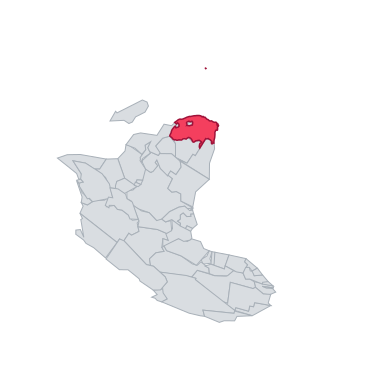 where South Africa sits in Africa, rotated 215°
{"feature_id": "ZAF", "entity_name": "South Africa", "entity_type": "country or territory", "adm_level": 0, "iso_a3": "ZAF", "parent_name": "Africa", "parent_adm1": "", "projection": "albers", "projection_center": [25.295, -34.555], "detail": "fine", "context": "in_parent", "style": "filled", "palette": "rose", "viewbox_px": 384, "rotation_deg": 215, "n_neighbors": 49, "source": "natural_earth", "source_scale": "50m", "svg_char_len": 14659}
<svg xmlns="http://www.w3.org/2000/svg" viewBox="0 0 384 384"><g transform="rotate(215 192 192)"><path d="M255.1,164.7L271.9,176.7L270.4,187.2L273.2,192.9L270.5,194.2L254.7,194.1L252.6,187.9L243.2,184.2L239.8,179.0L239.1,173.3L244.0,170.4L243.1,164.4L255.1,164.7Z" fill="#d9dde1" stroke="#a8b0b8" stroke-width="1"/><path d="M88.9,119.5L89.8,122.4L77.3,126.8L79.3,131.7L75.8,133.3L77.2,137.3L62.3,144.2L71.7,125.2L88.9,119.5Z" fill="#d9dde1" stroke="#a8b0b8" stroke-width="1"/><path d="M239.1,173.3L243.2,184.2L236.7,184.5L235.2,193.8L239.1,195.0L239.2,198.1L231.4,193.1L215.6,191.7L213.9,181.0L208.5,180.3L205.1,183.4L200.1,184.0L195.9,178.2L182.2,179.4L186.5,175.3L189.9,176.2L194.2,171.9L199.1,163.0L201.4,150.7L204.6,148.3L215.2,150.5L226.8,147.2L233.0,147.3L236.7,149.8L241.4,149.2L246.2,155.7L241.5,159.7L239.1,173.3Z" fill="#d9dde1" stroke="#a8b0b8" stroke-width="1"/><path d="M281.1,169.8L280.8,157.8L285.4,154.7L295.8,154.6L307.4,149.3L293.1,143.4L289.6,139.3L292.2,137.6L297.1,141.0L321.7,142.6L315.6,151.0L305.1,158.6L281.1,169.8Z" fill="#d9dde1" stroke="#a8b0b8" stroke-width="1"/><path d="M271.9,176.7L255.1,164.7L259.7,157.5L256.6,151.1L261.6,148.3L271.1,154.3L284.4,155.4L280.8,157.8L281.1,169.8L271.9,176.7Z" fill="#d9dde1" stroke="#a8b0b8" stroke-width="1"/><path d="M222.9,139.7L220.0,138.6L218.8,137.9L219.1,135.1L212.8,129.3L216.8,121.9L220.1,122.0L219.8,112.1L224.4,112.0L224.4,107.7L271.6,110.3L273.1,118.0L276.6,119.8L270.3,121.4L267.2,129.0L258.9,135.2L257.5,139.9L253.6,130.9L248.0,136.4L243.0,135.0L239.1,137.0L230.9,136.6L224.7,134.6L220.3,138.7L222.9,139.7Z" fill="#d9dde1" stroke="#a8b0b8" stroke-width="1"/><path d="M219.8,113.0L220.1,122.0L216.8,121.9L212.8,129.3L216.4,132.6L198.7,141.5L189.0,143.5L183.6,138.7L189.1,137.1L185.0,129.4L180.7,127.4L186.7,121.5L188.5,112.9L183.8,108.0L187.7,106.4L219.8,113.0Z" fill="#d9dde1" stroke="#a8b0b8" stroke-width="1"/><path d="M235.3,244.9L232.8,249.7L230.0,247.6L232.9,244.5L235.3,244.9Z" fill="#d9dde1" stroke="#a8b0b8" stroke-width="1"/><path d="M242.3,224.9L233.3,222.2L225.4,210.9L230.7,211.6L240.7,204.8L248.2,208.8L246.9,219.3L242.3,224.9Z" fill="#d9dde1" stroke="#a8b0b8" stroke-width="1"/><path d="M237.3,224.2L226.5,234.2L220.1,233.6L215.5,238.1L213.6,238.5L210.6,232.4L210.1,223.6L212.9,223.4L212.6,212.7L225.4,210.9L233.3,222.2L237.3,224.2Z" fill="#d9dde1" stroke="#a8b0b8" stroke-width="1"/><path d="M210.1,223.6L211.2,243.6L207.5,245.6L202.9,243.0L201.8,244.6L198.3,240.4L194.2,225.7L185.1,212.3L224.9,210.5L212.6,212.7L212.9,223.4L210.1,223.6Z" fill="#d9dde1" stroke="#a8b0b8" stroke-width="1"/><path d="M70.3,159.1L66.0,158.0L69.7,152.1L75.1,149.4L85.4,150.3L89.6,154.2L71.6,161.6L70.3,160.2L80.4,155.0L70.3,159.1Z" fill="#d9dde1" stroke="#a8b0b8" stroke-width="1"/><path d="M89.6,154.2L85.4,150.3L86.6,147.9L108.8,140.0L99.0,121.3L104.9,119.4L139.0,122.1L139.3,123.5L143.5,122.4L142.8,130.9L125.6,136.4L115.7,142.8L112.9,151.5L103.7,154.9L98.1,151.4L94.8,153.8L89.6,154.2Z" fill="#d9dde1" stroke="#a8b0b8" stroke-width="1"/><path d="M62.3,144.2L77.2,137.3L75.8,133.3L79.3,131.7L77.3,126.8L89.8,122.4L88.9,119.5L104.9,119.4L99.0,121.3L108.8,140.0L86.6,147.9L85.4,150.3L75.1,149.4L68.8,153.3L65.9,144.8L62.3,144.2Z" fill="#d9dde1" stroke="#a8b0b8" stroke-width="1"/><path d="M144.2,153.7L141.4,154.6L139.0,147.5L135.0,145.1L141.6,139.2L145.8,141.9L143.1,148.1L144.2,153.7Z" fill="#d9dde1" stroke="#a8b0b8" stroke-width="1"/><path d="M183.8,108.0L188.5,112.9L186.7,121.5L180.7,127.4L185.0,129.4L183.6,131.6L179.2,129.4L164.2,133.4L150.4,133.3L145.6,135.1L144.7,139.9L134.5,139.3L131.0,135.1L142.8,130.9L143.5,122.4L172.3,108.0L181.0,109.1L183.8,108.0Z" fill="#d9dde1" stroke="#a8b0b8" stroke-width="1"/><path d="M144.2,153.7L146.4,134.4L164.2,133.4L179.2,129.4L185.2,132.4L176.3,146.1L167.5,148.7L165.5,153.4L156.6,156.3L150.0,152.4L144.2,153.7Z" fill="#d9dde1" stroke="#a8b0b8" stroke-width="1"/><path d="M184.7,130.6L189.1,137.1L183.6,138.7L189.5,142.8L186.8,150.6L192.7,157.8L170.6,159.1L165.6,154.1L166.1,151.4L170.4,146.8L176.3,146.1L184.7,130.6Z" fill="#d9dde1" stroke="#a8b0b8" stroke-width="1"/><path d="M135.1,143.7L141.4,154.6L138.7,155.8L131.9,145.3L135.1,143.7Z" fill="#d9dde1" stroke="#a8b0b8" stroke-width="1"/><path d="M131.9,144.5L138.7,155.8L125.6,161.7L121.3,147.5L131.9,144.5Z" fill="#d9dde1" stroke="#a8b0b8" stroke-width="1"/><path d="M103.7,154.9L109.9,152.0L122.5,150.5L125.6,161.7L109.5,168.4L108.8,165.0L104.7,164.3L103.7,154.9Z" fill="#d9dde1" stroke="#a8b0b8" stroke-width="1"/><path d="M81.7,156.9L94.8,153.8L98.1,151.4L103.7,154.9L104.8,161.1L101.9,163.1L99.0,160.8L96.6,162.2L93.0,159.1L86.6,164.5L78.2,162.3L81.7,156.9Z" fill="#d9dde1" stroke="#a8b0b8" stroke-width="1"/><path d="M71.6,161.6L81.7,156.9L82.3,158.6L78.2,162.3L71.6,161.6Z" fill="#d9dde1" stroke="#a8b0b8" stroke-width="1"/><path d="M104.3,161.3L104.7,164.3L108.8,165.0L109.5,168.4L94.7,167.1L97.5,161.7L101.9,163.1L104.3,161.3Z" fill="#d9dde1" stroke="#a8b0b8" stroke-width="1"/><path d="M86.6,164.5L93.0,159.1L97.5,161.7L94.7,167.1L86.6,164.5Z" fill="#d9dde1" stroke="#a8b0b8" stroke-width="1"/><path d="M112.9,151.5L114.9,143.7L125.6,136.4L131.0,135.1L134.5,139.3L138.9,138.8L135.1,143.7L121.3,147.5L122.5,150.5L112.9,151.5Z" fill="#d9dde1" stroke="#a8b0b8" stroke-width="1"/><path d="M233.0,147.3L222.4,147.6L215.2,150.5L204.6,148.3L201.2,152.5L196.5,152.3L192.9,156.4L186.5,148.7L189.0,143.5L198.7,141.5L216.4,132.6L218.8,137.9L233.0,147.3Z" fill="#d9dde1" stroke="#a8b0b8" stroke-width="1"/><path d="M201.2,152.5L199.1,163.0L194.2,171.9L189.9,176.2L183.2,175.5L181.1,177.5L178.0,175.0L180.3,173.1L178.8,171.5L182.2,168.8L187.2,169.7L188.3,166.4L185.9,163.0L187.1,159.8L183.6,159.9L182.6,157.5L192.7,157.8L196.5,152.3L201.2,152.5Z" fill="#d9dde1" stroke="#a8b0b8" stroke-width="1"/><path d="M176.3,158.3L182.1,157.4L183.6,159.9L187.1,159.8L185.9,163.0L188.3,166.4L187.2,169.7L182.2,168.8L178.8,171.5L180.3,173.1L178.0,175.0L169.1,168.4L170.6,162.5L176.7,161.4L176.3,158.3Z" fill="#d9dde1" stroke="#a8b0b8" stroke-width="1"/><path d="M170.6,159.1L176.3,158.3L176.7,161.4L170.6,162.5L170.6,159.1Z" fill="#d9dde1" stroke="#a8b0b8" stroke-width="1"/><path d="M243.2,184.2L250.9,188.5L248.4,200.0L249.9,200.8L240.5,202.7L240.7,204.8L230.7,211.6L219.3,210.4L215.2,206.2L215.1,197.0L221.5,196.9L221.1,191.2L231.4,193.1L239.2,198.1L239.1,195.0L235.2,193.8L235.7,186.3L237.5,184.2L243.2,184.2Z" fill="#d9dde1" stroke="#a8b0b8" stroke-width="1"/><path d="M249.5,187.2L254.2,190.2L254.2,200.1L257.3,203.4L254.7,209.6L253.6,203.0L248.4,200.0L251.6,191.0L249.5,187.2Z" fill="#d9dde1" stroke="#a8b0b8" stroke-width="1"/><path d="M254.7,194.1L263.8,195.2L273.2,192.9L272.8,205.6L268.0,210.9L253.2,218.3L253.8,231.5L246.8,234.6L245.9,238.7L243.9,238.6L242.3,224.9L246.9,219.3L248.2,208.8L240.8,205.9L240.5,202.7L249.9,200.8L253.6,203.0L254.7,209.6L257.3,203.4L254.2,200.1L254.7,194.1Z" fill="#d9dde1" stroke="#a8b0b8" stroke-width="1"/><path d="M243.9,238.6L241.7,240.1L240.1,238.4L241.3,235.4L243.9,238.6Z" fill="#d9dde1" stroke="#a8b0b8" stroke-width="1"/><path d="M181.1,177.5L183.4,177.0L182.2,179.4L181.1,177.5ZM182.8,180.2L195.9,178.2L200.1,184.0L205.1,183.4L208.5,180.3L213.9,181.0L215.6,191.7L221.5,192.0L221.5,196.9L215.1,197.0L215.2,206.2L219.3,210.4L185.1,212.3L189.1,194.2L182.8,180.2Z" fill="#d9dde1" stroke="#a8b0b8" stroke-width="1"/><path d="M243.1,167.8L244.0,170.4L239.1,173.3L238.2,168.8L243.1,167.8Z" fill="#d9dde1" stroke="#a8b0b8" stroke-width="1"/><path d="M299.9,203.1L300.9,214.3L298.8,213.8L285.4,238.9L280.4,239.9L277.0,237.4L276.3,230.5L281.3,221.2L281.0,215.1L283.0,211.9L288.8,211.7L299.9,203.1Z" fill="#d9dde1" stroke="#a8b0b8" stroke-width="1"/><path d="M70.3,160.2L75.7,156.0L80.4,155.0L70.3,160.2Z" fill="#d9dde1" stroke="#a8b0b8" stroke-width="1"/><path d="M160.1,95.9L150.9,90.2L153.8,84.6L158.3,83.2L161.3,83.8L164.7,82.7L161.7,88.0L167.6,89.4L160.1,95.9Z" fill="#d9dde1" stroke="#a8b0b8" stroke-width="1"/><path d="M88.9,119.5L88.0,116.7L115.3,101.5L110.4,97.4L114.1,95.4L124.8,91.1L153.8,84.6L150.9,90.2L157.8,92.8L161.7,97.3L160.7,104.2L165.2,107.1L172.3,108.0L148.8,120.3L139.3,123.5L139.0,122.1L88.9,119.5Z" fill="#d9dde1" stroke="#a8b0b8" stroke-width="1"/><path d="M268.0,127.0L270.3,121.4L276.6,119.8L279.2,124.9L292.4,134.6L289.7,134.5L281.7,128.5L268.0,127.0Z" fill="#d9dde1" stroke="#a8b0b8" stroke-width="1"/><path d="M71.7,125.2L83.8,115.9L83.2,110.9L91.8,105.0L94.8,100.9L110.4,97.4L115.3,101.5L88.0,116.7L88.8,118.9L71.7,125.2Z" fill="#d9dde1" stroke="#a8b0b8" stroke-width="1"/><path d="M271.6,110.3L224.4,107.7L225.0,88.4L240.6,90.0L249.3,89.1L253.3,90.5L262.9,90.7L265.3,94.2L261.9,97.2L254.6,92.8L267.3,105.7L266.5,107.4L271.6,110.3Z" fill="#d9dde1" stroke="#a8b0b8" stroke-width="1"/><path d="M224.0,87.8L224.4,112.0L219.8,113.0L187.7,106.4L181.0,109.1L165.2,107.1L160.7,104.2L161.7,93.6L167.6,89.4L183.5,89.2L185.6,90.6L199.8,91.6L206.9,86.7L224.0,87.8Z" fill="#d9dde1" stroke="#a8b0b8" stroke-width="1"/><path d="M307.4,149.3L295.8,154.6L276.1,155.4L264.4,151.3L253.6,141.8L268.0,127.0L272.4,128.0L273.8,126.4L287.2,131.9L289.7,134.5L286.9,137.7L290.6,138.6L293.1,143.4L307.4,149.3Z" fill="#d9dde1" stroke="#a8b0b8" stroke-width="1"/><path d="M289.7,134.5L293.2,135.5L290.6,138.6L286.9,137.7L289.7,134.5Z" fill="#d9dde1" stroke="#a8b0b8" stroke-width="1"/><path d="M255.1,164.7L240.2,164.8L246.7,151.6L256.6,151.1L258.2,153.0L259.7,157.5L255.1,164.7Z" fill="#d9dde1" stroke="#a8b0b8" stroke-width="1"/><path d="M243.1,164.4L244.1,167.5L238.2,168.8L239.2,165.5L243.1,164.4Z" fill="#d9dde1" stroke="#a8b0b8" stroke-width="1"/><path d="M245.2,152.2L241.4,149.2L235.1,149.5L220.3,138.7L227.4,134.3L230.9,136.6L239.1,137.0L243.0,135.0L248.0,136.4L252.1,133.6L251.0,131.4L255.3,131.2L257.5,139.9L253.6,141.8L261.6,148.3L254.4,152.1L245.2,152.2Z" fill="#d9dde1" stroke="#a8b0b8" stroke-width="1"/><path d="M237.1,224.5L238.0,224.4L238.6,224.5L239.4,224.9L240.2,225.0L240.9,225.0L241.5,225.0L242.0,225.0L242.3,225.2L242.5,225.4L242.5,225.5L242.7,226.0L242.8,226.6L242.9,227.2L243.1,228.0L243.0,228.5L243.2,228.9L243.4,229.2L243.5,229.5L243.7,229.9L243.8,230.4L243.9,231.0L244.0,231.3L244.1,231.7L244.1,232.2L244.0,232.8L244.0,233.5L244.0,234.1L243.9,234.4L243.9,235.2L243.7,235.6L243.7,236.0L243.5,236.3L242.9,235.9L242.3,235.5L242.2,235.4L242.1,235.5L241.7,235.7L241.4,236.1L241.2,236.5L240.9,236.8L240.5,237.4L240.5,237.5L240.4,238.0L240.4,238.5L240.5,238.5L240.8,238.9L241.1,239.6L241.6,240.0L242.2,240.2L242.9,240.3L243.5,240.3L243.5,239.9L243.6,239.2L243.7,238.8L243.8,238.8L244.0,238.9L244.6,239.0L245.0,239.0L245.3,239.0L245.8,239.1L246.1,239.1L245.9,239.8L245.5,240.8L245.3,241.3L244.8,243.1L244.3,244.0L244.1,244.4L243.4,245.0L243.2,245.1L242.7,245.2L241.4,246.5L241.0,247.1L240.5,248.0L240.1,248.5L239.5,249.6L239.0,250.5L238.4,251.2L237.6,252.3L237.2,252.6L236.9,252.7L236.3,253.3L235.3,254.3L234.6,255.1L233.5,256.1L232.9,256.5L232.0,257.4L231.8,257.5L230.7,258.3L230.0,258.8L228.8,259.3L228.4,259.5L227.3,259.3L226.8,259.4L226.4,259.7L226.4,260.2L226.2,260.3L225.2,260.1L224.8,260.1L224.6,260.4L224.4,260.7L223.8,260.7L222.8,260.4L221.5,260.2L221.3,260.2L220.7,260.5L219.6,260.5L219.2,260.3L218.7,260.3L218.4,260.5L217.9,260.5L216.8,261.5L216.2,261.5L215.7,261.6L215.0,261.5L214.8,261.6L214.6,261.6L214.3,261.8L213.7,261.9L213.5,262.0L212.5,262.9L212.3,262.9L212.1,262.9L211.6,262.9L210.9,262.5L210.7,262.5L210.8,262.4L210.8,262.1L210.6,262.0L210.5,261.9L210.3,261.9L210.2,261.7L209.8,261.7L209.7,261.8L209.5,261.6L209.4,261.3L209.4,261.0L209.2,261.0L209.1,260.9L208.9,261.0L208.7,261.0L208.5,261.3L208.6,261.8L208.4,261.7L208.3,261.4L208.2,261.0L208.2,260.6L208.5,260.4L208.4,260.1L208.4,259.9L208.0,259.3L207.9,259.0L207.6,258.9L207.4,258.4L207.2,258.3L207.0,257.9L206.8,257.7L206.7,257.3L206.8,257.0L207.0,256.9L207.2,257.1L207.4,257.0L207.7,256.7L207.9,256.2L207.8,255.5L207.7,255.0L207.4,253.9L207.3,253.6L206.6,252.9L205.9,251.8L204.9,250.1L204.4,249.1L203.6,247.0L202.9,245.8L202.2,244.8L202.1,244.7L202.5,244.3L202.7,244.2L202.8,244.2L202.9,243.8L202.9,243.6L203.0,243.4L203.1,243.1L203.2,242.9L203.5,242.8L203.8,242.9L203.9,243.1L204.0,243.3L204.3,243.4L204.4,243.5L204.5,243.7L204.5,243.9L204.4,244.0L204.6,244.3L204.6,244.5L204.7,244.8L205.2,244.9L205.4,244.9L205.8,244.9L206.2,245.0L206.5,245.2L207.1,245.2L207.8,245.0L208.4,245.0L209.0,245.2L209.3,245.2L209.5,245.0L209.6,244.9L209.6,244.7L209.9,244.5L210.1,244.3L210.3,244.0L210.6,243.8L211.1,243.6L211.4,243.6L211.4,243.1L211.3,241.8L211.2,240.4L211.2,239.1L211.1,237.7L211.0,236.4L211.0,235.0L210.9,233.7L210.8,232.4L211.0,232.5L211.9,233.1L212.1,233.5L212.7,234.5L213.0,235.2L213.2,235.7L213.2,236.0L213.3,236.2L213.3,236.4L213.3,236.5L213.2,236.8L213.0,237.0L212.8,237.4L212.8,237.8L212.9,238.3L213.0,238.5L213.5,238.5L213.8,238.5L214.1,238.6L215.1,238.5L215.3,238.5L215.7,238.5L215.8,238.5L215.9,238.4L216.0,238.1L216.4,237.9L216.6,237.8L216.8,237.6L217.2,237.0L217.8,236.5L218.0,236.4L218.2,236.2L218.3,236.0L218.5,235.4L218.7,234.8L218.7,234.6L218.9,234.2L219.1,233.9L219.3,233.8L219.4,233.7L219.6,233.6L219.9,233.6L220.3,233.6L220.7,233.8L221.1,234.0L221.5,234.4L221.7,234.5L221.9,234.6L222.3,234.6L222.5,234.6L222.9,235.0L223.1,235.0L223.5,235.1L224.0,235.2L224.4,235.2L224.7,235.0L225.0,235.0L225.3,235.0L225.7,234.9L225.9,234.9L226.1,234.7L226.3,234.5L226.5,234.0L226.7,233.6L226.8,233.1L227.1,232.5L227.2,232.1L227.2,231.9L227.6,231.8L227.9,231.7L228.6,231.5L228.9,231.2L229.2,230.9L229.6,230.6L229.8,230.4L230.2,229.0L230.3,228.8L230.6,228.4L230.8,228.3L231.0,228.2L231.4,227.9L231.7,227.8L231.9,227.7L232.0,227.5L232.1,227.4L232.4,227.4L232.5,227.3L232.5,227.2L232.9,227.0L233.0,226.9L233.0,226.7L233.3,226.4L233.8,225.9L234.3,225.6L234.7,225.5L235.2,225.4L235.6,225.3L235.9,225.0L236.1,224.7L236.4,224.5L237.1,224.5ZM234.5,248.4L235.0,248.2L235.3,248.0L235.5,247.9L235.6,247.5L235.6,247.2L235.8,247.1L236.0,246.8L236.2,246.4L236.3,246.1L236.3,245.9L236.2,245.6L236.1,245.4L235.8,245.2L235.5,244.9L235.2,244.7L235.0,244.4L234.9,244.3L234.6,244.1L234.5,243.9L234.4,243.8L234.4,243.7L234.3,243.8L234.0,243.8L233.3,244.1L232.9,244.3L232.6,244.6L232.2,244.7L232.0,244.8L231.8,245.1L231.6,245.4L231.4,245.7L231.3,245.8L231.2,245.9L231.1,246.0L231.0,246.3L230.8,246.5L230.6,246.6L230.3,246.7L230.2,246.8L230.2,247.2L230.3,247.5L230.5,247.8L230.6,248.0L230.8,248.3L230.9,248.5L230.9,248.8L231.0,249.0L231.3,249.1L231.4,249.3L231.5,249.4L231.7,249.7L231.9,249.8L232.3,249.9L232.6,250.0L232.8,249.8L232.9,249.6L232.9,249.4L233.0,249.3L233.4,248.7L233.6,248.5L233.9,248.5L234.1,248.4L234.2,248.5L234.3,248.5L234.5,248.4ZM251.9,301.3L251.4,301.2L251.5,300.9L251.8,300.9L252.0,301.1L251.9,301.3Z" fill="#f43f5e" stroke="#9f1239" stroke-width="1.5"/></g></svg>